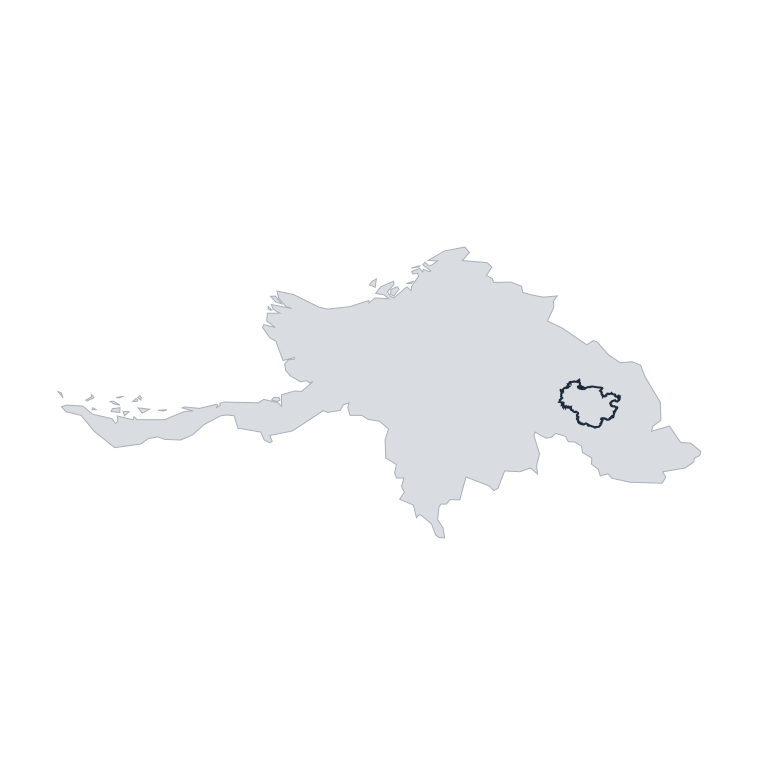 location of Mohnyin, Kachin, Myanmar, rotated 97°
{"feature_id": "60261553B43552707692155", "entity_name": "Mohnyin", "entity_type": "district", "adm_level": 2, "iso_a3": "MMR", "parent_name": "Myanmar", "parent_adm1": "Kachin", "projection": "mercator", "projection_center": [96.513, 25.308], "detail": "fine", "context": "in_parent", "style": "outline", "palette": "slate", "viewbox_px": 768, "rotation_deg": 97, "n_neighbors": 0, "source": "geoboundaries", "source_scale": "gbopen_adm2", "svg_char_len": 9522}
<svg xmlns="http://www.w3.org/2000/svg" viewBox="0 0 768 768"><g transform="rotate(97 384 384)"><path d="M496.5,354.4L488.9,350.7L483.4,354.1L474.9,352.8L475.8,360.2L471.0,362.6L462.4,361.9L457.3,373.2L439.5,376.1L428.0,374.0L421.5,384.0L421.1,395.4L417.9,402.2L419.2,414.0L411.7,417.1L407.1,416.4L409.6,421.9L415.5,424.2L419.0,436.4L417.9,441.1L441.7,469.1L449.0,491.0L454.6,488.0L456.3,490.3L454.1,496.1L446.7,500.5L445.6,523.5L433.7,529.0L434.0,536.7L435.5,542.2L446.0,557.4L457.8,567.8L464.4,579.0L465.7,595.2L464.0,601.9L467.1,611.6L473.2,618.0L480.0,643.5L466.2,666.0L452.1,680.7L450.3,696.2L445.8,701.4L443.6,696.5L442.6,680.2L449.4,669.9L451.6,649.8L455.9,645.6L453.6,643.6L448.2,645.0L450.1,628.8L447.0,628.1L449.5,624.7L446.2,597.6L435.4,578.4L434.0,570.2L432.3,581.3L431.1,579.1L430.7,564.1L424.5,547.6L425.2,546.2L428.1,547.6L425.4,543.9L423.2,544.7L421.4,540.7L418.0,506.4L413.9,501.5L415.6,486.7L418.6,482.9L407.2,484.5L401.8,471.9L401.5,465.0L390.1,454.6L392.0,457.9L390.1,461.4L392.0,467.2L387.3,478.1L382.7,483.1L376.4,485.1L371.6,482.0L370.5,476.2L368.6,476.1L373.0,487.1L354.7,496.5L352.0,503.0L342.6,511.5L339.7,510.4L341.2,498.9L335.7,508.1L328.0,508.3L326.4,496.0L323.3,503.2L318.9,505.4L320.3,484.8L319.0,490.8L311.7,499.0L304.7,501.6L306.2,484.7L315.7,457.8L316.5,448.9L311.4,427.3L302.9,409.1L305.4,408.8L299.7,403.5L298.8,390.0L295.5,394.8L295.1,403.3L287.8,398.9L280.9,387.2L283.7,386.1L291.7,391.7L296.2,388.5L297.3,384.7L284.8,373.1L287.9,368.4L283.8,368.5L273.0,362.9L270.0,364.0L271.3,368.9L269.1,370.3L264.9,362.8L268.0,359.1L265.4,359.0L267.0,352.3L266.0,351.3L261.0,360.1L258.1,358.1L261.3,353.6L260.0,351.0L255.4,345.8L255.9,355.1L244.7,340.5L238.2,320.4L243.1,315.3L251.9,321.2L251.0,296.5L254.8,291.1L263.7,295.6L266.3,289.2L269.8,287.6L267.4,270.5L270.2,259.4L276.2,257.5L277.6,248.5L278.4,236.3L275.5,222.8L280.9,226.0L287.1,224.8L301.5,229.4L306.9,213.6L320.4,187.6L315.4,181.6L316.2,177.8L328.1,164.1L334.2,151.8L331.6,140.7L334.1,131.6L345.0,125.8L368.6,107.4L386.2,104.8L393.4,112.1L398.3,112.7L390.9,95.5L405.8,82.6L405.4,72.2L412.4,61.4L416.4,61.8L420.0,67.1L423.8,67.1L430.7,75.0L437.2,96.8L442.2,92.9L448.6,96.0L451.5,127.9L449.8,146.4L445.8,150.7L448.8,158.2L442.6,160.9L438.3,168.2L432.1,168.8L427.8,178.8L421.6,180.3L418.2,188.1L418.9,194.0L413.9,197.4L412.2,207.5L416.6,211.5L418.0,216.9L413.3,228.2L417.3,228.7L434.4,221.1L446.4,222.6L454.6,220.7L449.5,228.4L454.5,238.4L455.6,253.7L473.6,258.1L476.5,262.0L472.5,266.7L466.3,291.3L489.8,294.7L490.6,304.2L495.6,307.6L496.3,312.8L499.5,314.5L512.2,314.2L519.7,307.8L529.3,305.0L529.8,310.4L527.6,314.3L517.1,319.8L509.9,330.9L509.5,333.4L512.8,335.5L500.6,340.0L496.5,354.4ZM288.1,380.6L295.6,385.1L294.2,388.4L289.4,388.7L285.8,382.8L288.1,380.6ZM437.6,613.7L442.4,620.5L437.7,625.1L437.6,613.7ZM287.3,410.7L283.4,408.1L280.7,404.4L289.1,404.5L287.3,410.7ZM444.5,642.7L444.6,651.6L441.6,650.6L439.7,643.2L444.5,642.7ZM315.8,501.5L310.8,507.3L310.0,502.4L316.9,495.2L315.8,501.5ZM413.6,493.6L410.6,491.8L410.2,486.6L412.6,485.1L414.4,487.6L413.6,493.6ZM434.7,653.6L434.0,650.6L437.2,643.5L436.7,649.7L434.7,653.6ZM432.9,670.1L437.0,676.7L436.3,678.1L432.5,672.8L430.1,673.2L432.9,670.1ZM447.3,637.7L442.9,639.6L442.6,633.5L447.3,637.7ZM436.9,700.8L431.3,706.6L432.0,703.4L436.9,700.8ZM263.6,363.8L265.6,371.3L262.1,362.4L263.6,363.8ZM437.7,599.6L437.5,605.1L436.1,596.2L437.7,599.6ZM280.9,369.1L281.6,373.9L278.3,367.1L280.9,369.1ZM431.9,631.3L428.7,628.5L429.8,626.6L431.4,627.0L431.9,631.3ZM429.6,623.3L427.5,627.0L425.5,624.8L427.1,623.2L429.6,623.3ZM430.1,645.1L430.2,648.3L427.8,640.9L430.1,645.1ZM323.6,508.3L321.2,508.2L324.3,504.4L324.6,505.8L323.6,508.3ZM445.1,670.7L443.0,670.1L444.6,666.6L445.1,670.7Z" fill="#d9dde1" stroke="#a8b0b8" stroke-width="1"/><path d="M384.7,197.9L384.8,197.7L384.5,197.3L384.9,196.8L384.6,196.6L384.8,196.5L384.6,196.4L384.7,196.1L384.3,195.6L384.8,195.6L385.0,195.7L385.3,195.4L385.9,195.6L386.5,195.1L386.9,195.0L386.9,194.7L387.2,194.2L387.2,193.9L387.1,193.6L387.5,193.5L387.9,193.1L388.6,191.8L388.6,191.0L388.4,190.8L388.5,190.6L388.1,190.3L388.1,189.9L389.0,188.0L389.9,187.7L390.7,188.4L391.3,188.4L391.4,188.7L392.2,188.7L392.8,187.9L393.1,187.0L393.4,187.1L393.4,187.4L393.6,187.3L393.6,187.6L393.9,187.5L394.2,187.7L394.2,188.1L394.4,188.2L394.5,187.9L395.3,188.0L395.3,187.8L395.7,187.8L395.9,187.6L395.9,187.1L397.2,186.7L397.8,186.8L398.4,186.3L398.5,186.2L398.0,186.0L397.9,186.4L397.7,186.4L397.5,186.1L398.3,185.6L398.4,185.4L398.1,185.2L398.3,184.7L398.8,184.7L399.5,184.4L399.5,183.9L399.7,183.4L399.1,183.0L399.2,182.8L399.1,182.2L399.9,181.9L400.0,181.4L399.8,180.8L399.7,180.5L399.0,179.4L398.6,179.1L398.6,178.3L399.3,176.6L399.5,176.8L400.0,176.8L400.6,176.1L400.5,175.6L400.2,175.5L400.1,175.2L400.2,174.6L400.3,174.5L400.3,173.6L400.5,173.4L400.8,172.1L400.7,171.2L401.5,169.6L401.2,169.2L401.4,168.7L400.9,168.4L400.6,167.6L400.6,166.6L400.3,165.7L400.2,165.4L399.5,165.1L399.3,164.7L398.7,164.4L398.3,164.0L397.1,164.5L396.7,164.1L396.6,163.4L396.0,163.4L395.4,163.7L395.2,163.5L394.9,163.5L394.8,163.2L394.1,162.7L393.5,162.7L393.0,163.4L392.7,163.5L392.4,163.7L392.4,163.9L392.2,163.8L392.0,164.1L391.8,164.1L391.7,163.6L391.4,163.3L391.6,163.0L391.4,162.9L391.3,162.1L391.6,161.7L391.5,161.4L391.3,161.2L391.5,161.0L391.3,160.6L391.4,159.9L391.7,159.7L392.1,159.0L391.9,158.7L392.2,158.4L392.3,157.5L391.9,156.5L391.5,156.1L391.5,155.9L391.1,155.6L391.0,155.2L390.7,155.0L391.0,155.7L390.9,156.1L390.5,156.6L390.6,156.1L390.1,155.0L389.5,154.7L389.5,154.4L389.1,154.4L389.1,154.2L389.3,153.8L389.3,153.5L389.0,153.5L388.9,153.1L388.7,153.1L388.4,153.6L388.0,153.6L388.1,153.2L388.5,152.7L388.7,152.3L387.8,152.2L387.1,152.4L386.5,152.1L385.7,152.2L385.2,152.0L384.9,152.1L384.6,151.8L384.4,151.8L384.2,152.2L383.9,152.2L383.8,152.4L383.9,152.5L383.5,152.6L383.5,152.3L383.0,151.6L382.9,151.1L382.1,150.9L381.8,151.2L381.3,150.7L380.4,150.6L380.1,149.8L379.8,149.8L379.6,150.1L379.3,149.8L379.2,150.0L378.9,150.0L379.2,150.6L379.0,150.9L378.6,151.0L378.5,151.6L378.0,152.5L378.4,153.8L378.4,154.3L377.8,154.7L378.0,155.2L377.7,155.2L377.4,155.6L377.4,156.3L376.9,156.6L376.4,156.6L375.9,157.1L375.3,157.1L374.9,156.9L374.6,156.1L374.1,156.0L373.7,156.0L373.4,155.8L373.2,155.0L372.9,154.8L372.7,154.1L372.2,153.5L371.9,152.6L372.7,152.0L373.0,151.4L372.8,150.8L372.9,150.2L372.4,149.8L371.8,149.0L371.5,149.2L371.0,148.7L370.7,148.8L370.6,148.5L370.3,148.3L369.9,148.5L369.6,148.9L369.3,149.0L369.4,149.3L369.2,149.4L369.0,149.0L368.9,149.2L368.7,148.9L368.6,149.1L368.4,148.9L368.1,149.2L367.6,148.8L367.6,149.2L367.4,149.5L367.6,149.5L367.6,149.8L367.4,149.8L367.7,150.3L368.0,150.4L367.7,150.5L367.9,150.8L368.4,151.0L368.0,152.2L368.3,152.2L368.3,152.4L368.1,152.7L367.9,152.5L367.6,153.1L366.9,153.0L366.4,153.2L366.2,154.1L366.4,154.8L366.1,156.2L365.2,157.0L366.0,157.6L366.1,158.4L366.5,158.9L366.6,159.7L366.2,160.4L366.3,161.0L367.0,161.3L367.3,161.6L367.3,162.0L368.0,162.2L368.4,162.2L368.6,162.1L368.7,162.3L368.8,162.2L369.0,162.4L369.0,162.7L369.4,163.2L369.2,163.5L369.4,163.9L369.1,164.2L369.2,164.4L368.8,164.6L368.9,165.0L369.5,165.3L369.0,165.4L368.5,165.8L368.3,166.3L368.1,166.5L367.8,166.3L367.4,166.8L366.9,166.8L366.2,167.2L365.7,166.8L365.4,167.0L364.4,168.8L364.0,168.5L364.1,168.3L361.7,166.7L361.4,167.0L361.1,167.3L361.3,171.3L361.1,177.3L361.4,177.9L361.5,178.0L361.6,178.9L361.9,179.0L362.2,179.5L362.1,180.2L362.3,181.6L363.0,182.5L363.2,183.2L363.9,183.7L363.9,184.5L364.2,184.5L364.0,185.1L364.4,185.0L364.2,186.0L364.9,186.2L364.9,187.1L365.0,187.5L364.6,189.0L364.7,189.4L364.3,189.7L363.8,191.0L363.1,191.2L362.7,191.0L362.8,189.1L363.2,188.6L363.3,188.8L363.7,188.5L363.7,187.7L364.0,187.3L363.7,186.7L363.2,186.4L363.2,186.2L363.1,186.4L362.8,186.0L362.5,186.7L362.5,187.6L362.3,187.8L362.4,188.1L362.6,188.6L362.4,188.9L362.2,189.1L361.7,189.1L361.5,189.3L361.4,189.2L361.2,189.5L359.3,189.5L358.9,189.8L359.1,190.0L358.4,190.6L357.0,190.7L356.4,190.5L356.1,190.7L356.6,191.0L356.7,191.3L356.7,191.6L357.4,192.2L358.1,192.3L357.9,192.6L358.0,193.0L358.5,193.5L358.2,195.5L358.7,195.9L358.6,196.5L358.9,197.6L359.5,198.3L359.2,199.1L359.6,199.9L360.3,199.7L360.7,199.7L361.0,199.4L361.1,200.5L361.3,200.5L361.4,200.8L361.7,200.9L361.8,201.3L362.1,201.0L362.5,201.1L363.3,201.4L363.4,200.7L363.6,200.6L363.9,200.8L364.4,200.8L364.3,200.4L364.7,200.8L364.9,200.8L365.2,201.1L364.7,201.8L365.3,201.8L365.9,202.7L365.8,203.2L365.4,203.4L365.5,203.8L366.2,204.7L367.2,205.4L367.6,205.6L368.2,206.2L368.8,205.8L368.7,205.8L368.6,205.5L369.1,205.4L368.8,206.1L369.0,206.5L368.7,206.6L368.4,207.9L368.9,207.9L369.6,207.5L369.5,207.3L369.8,207.0L371.0,206.7L371.4,206.4L372.4,207.0L373.0,206.9L373.4,206.5L374.6,206.7L374.7,206.4L375.7,206.2L376.2,205.4L376.5,205.7L376.6,205.9L376.9,206.0L377.0,206.5L378.0,206.7L378.3,207.2L378.2,207.4L378.6,207.7L379.5,207.3L379.8,207.3L380.4,207.7L380.3,206.8L380.9,205.4L380.5,204.5L380.5,204.0L380.6,203.8L381.8,204.7L382.1,205.2L382.5,205.5L382.3,205.2L382.4,204.9L383.3,205.0L383.2,204.7L383.5,204.3L383.2,204.0L383.5,203.8L383.3,203.6L383.1,203.4L383.8,203.4L383.5,203.2L384.0,202.9L384.3,202.9L384.3,202.5L384.7,202.5L384.7,202.2L384.9,202.2L384.6,202.0L384.9,201.5L384.7,201.3L384.9,201.1L384.7,201.0L384.4,201.2L384.5,200.9L384.8,200.8L384.4,200.7L384.6,200.4L384.3,200.6L384.1,200.5L384.5,200.2L384.7,200.3L384.4,199.9L384.6,199.8L384.4,199.3L384.8,199.5L384.9,199.2L384.6,199.2L384.6,198.6L384.9,198.3L384.7,197.9Z" fill="none" stroke="#1e293b" stroke-width="2"/></g></svg>